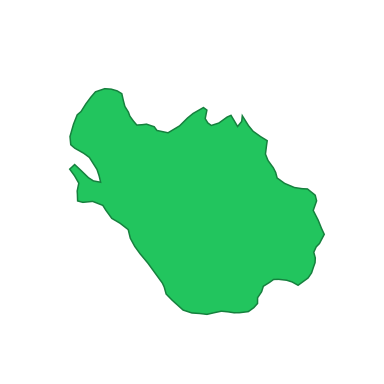 Kythrea, Cyprus (Natural Earth projection), rotated 234°
{"feature_id": "46923920B79735080950655", "entity_name": "Kythrea", "entity_type": "district", "adm_level": 2, "iso_a3": "CYP", "parent_name": "Cyprus", "parent_adm1": "", "projection": "natural_earth1", "projection_center": [33.485, 35.259], "detail": "fine", "context": "isolated", "style": "filled", "palette": "green", "viewbox_px": 384, "rotation_deg": 234, "n_neighbors": 0, "source": "geoboundaries", "source_scale": "gbopen_adm2", "svg_char_len": 1623}
<svg xmlns="http://www.w3.org/2000/svg" viewBox="0 0 384 384"><g transform="rotate(234 192 192)"><path d="M189.3,283.0L196.6,280.0L205.3,277.1L212.4,276.7L224.1,277.5L219.9,273.7L218.2,267.4L226.6,268.2L231.1,268.6L232.0,264.4L232.0,254.3L234.5,246.7L238.6,245.4L243.6,245.8L249.5,252.2L253.6,250.9L254.9,239.1L254.5,231.9L252.8,220.9L254.0,207.4L262.4,199.8L267.0,199.8L270.5,197.3L273.6,195.1L275.7,191.3L278.6,186.7L284.0,186.3L289.9,186.3L294.0,187.5L300.7,188.0L306.1,190.1L312.8,193.0L317.8,190.9L320.0,189.2L322.7,187.1L326.9,182.1L329.8,172.8L328.2,166.0L325.7,158.0L322.3,149.5L321.9,144.5L316.5,136.0L308.6,125.9L301.5,121.7L298.4,122.4L296.1,123.0L286.9,127.2L280.3,129.3L266.1,128.4L259.5,126.3L253.6,123.8L259.0,118.7L264.5,116.6L274.4,114.9L283.2,113.2L282.4,106.5L274.0,106.5L265.7,105.6L260.3,99.7L257.6,98.0L252.0,94.2L247.8,97.6L242.8,106.1L233.6,112.0L228.2,111.6L217.8,111.6L209.1,115.4L199.1,118.3L190.8,114.9L181.6,113.7L172.4,113.7L160.4,114.5L145.4,114.5L135.8,114.5L131.6,113.7L124.6,111.1L115.8,112.4L101.7,115.4L94.2,120.8L89.2,126.8L84.2,132.2L81.3,139.0L78.3,145.7L73.8,150.8L69.6,155.0L66.3,159.7L62.1,167.3L62.1,174.0L63.3,179.5L67.9,182.9L70.4,189.7L73.8,194.3L73.3,201.5L73.3,206.6L70.4,210.8L65.0,216.7L60.4,220.1L54.2,223.0L54.2,228.9L54.2,235.3L56.3,241.2L59.6,245.8L62.5,250.0L66.2,253.0L71.7,255.1L74.6,260.2L75.4,264.8L80.0,274.1L86.6,275.4L95.0,277.5L105.8,279.2L111.6,287.6L117.0,289.8L126.6,287.2L130.0,283.0L135.4,277.5L144.5,272.0L153.3,269.1L158.7,271.2L163.7,272.0L172.8,272.0L179.5,273.7L185.8,279.6L189.3,283.0Z" fill="#22c55e" stroke="#15803d" stroke-width="1.5"/></g></svg>